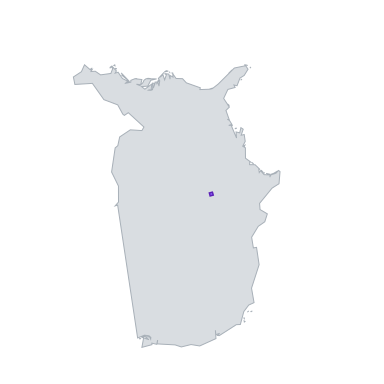 Kingfisher, Oklahoma, United States of America shown in context, rotated 255°
{"feature_id": "52423323B31059219556593", "entity_name": "Kingfisher", "entity_type": "district", "adm_level": 2, "iso_a3": "USA", "parent_name": "United States of America", "parent_adm1": "Oklahoma", "projection": "albers", "projection_center": [-97.987, 35.945], "detail": "fine", "context": "in_parent", "style": "filled", "palette": "violet", "viewbox_px": 384, "rotation_deg": 255, "n_neighbors": 0, "source": "geoboundaries", "source_scale": "gbopen_adm2", "svg_char_len": 3974}
<svg xmlns="http://www.w3.org/2000/svg" viewBox="0 0 384 384"><g transform="rotate(255 192 192)"><path d="M304.0,130.8L322.7,123.9L326.2,106.7L333.8,107.2L336.8,116.3L342.7,121.1L336.2,125.5L336.3,127.4L334.5,125.6L333.7,129.8L328.8,134.0L327.5,144.3L331.8,147.4L333.9,146.3L332.8,144.7L333.7,145.3L334.4,147.2L328.5,150.3L326.7,148.5L326.8,151.6L319.6,154.2L315.0,159.4L315.1,157.1L314.2,155.9L313.9,161.3L315.7,161.8L316.2,166.2L313.6,172.7L308.9,170.2L310.5,166.2L308.3,169.2L310.2,172.8L312.4,174.6L313.3,177.0L310.4,187.1L310.6,181.1L305.7,176.7L306.9,170.5L303.5,173.1L306.7,181.1L302.4,179.4L301.2,179.9L301.8,177.0L301.6,176.3L300.8,178.6L301.1,180.4L307.4,182.3L306.4,184.1L303.3,181.8L302.3,181.5L306.2,184.3L307.7,184.7L307.3,186.9L305.2,185.7L308.6,188.3L308.1,188.8L306.4,187.5L302.8,187.5L307.7,189.6L310.4,188.9L314.8,196.0L311.1,190.6L312.7,194.3L307.4,194.6L311.9,197.6L313.5,196.1L311.9,200.1L306.7,200.0L310.1,201.1L307.9,203.4L311.2,204.0L305.8,206.0L303.9,212.2L298.9,214.8L290.5,227.0L288.9,226.1L286.6,236.1L286.6,238.5L289.5,245.3L300.8,265.0L300.1,276.5L296.1,277.9L291.1,272.6L289.6,267.8L283.0,263.0L284.5,260.2L281.8,260.7L281.8,253.2L274.2,246.8L264.3,250.0L262.0,245.9L252.0,246.7L253.1,244.9L251.5,246.7L247.1,248.0L246.8,244.7L246.2,247.1L232.6,249.0L238.6,250.1L236.8,253.4L241.5,255.9L239.4,257.7L234.1,254.2L234.0,257.3L227.1,256.5L223.1,252.8L220.9,255.0L210.8,252.4L205.2,256.9L206.6,255.7L203.5,254.7L202.0,260.0L196.0,263.6L197.4,262.5L193.4,262.0L194.8,263.8L190.1,266.1L188.3,271.9L186.2,271.0L188.1,272.6L188.4,277.9L190.4,281.2L188.9,282.3L177.5,278.2L175.0,270.3L163.5,254.3L157.4,253.2L151.4,259.1L144.4,254.6L141.7,247.1L132.9,237.9L122.1,236.8L121.8,240.0L104.4,238.0L83.7,224.6L69.1,223.3L68.1,217.5L63.1,211.1L51.5,204.4L52.4,200.5L46.2,181.1L46.9,179.4L48.4,182.1L48.0,178.1L52.4,178.8L44.2,177.2L41.3,159.6L44.9,151.6L45.1,141.6L48.7,136.1L54.3,119.0L57.9,120.5L54.0,118.5L56.4,114.1L54.9,113.8L54.9,103.4L63.6,107.5L60.5,112.1L64.4,109.3L63.1,113.5L60.6,114.0L62.2,114.6L64.3,113.2L66.0,109.0L65.1,101.7L198.6,116.8L198.5,114.2L201.3,118.4L216.8,122.5L232.1,119.5L254.5,129.2L255.9,132.3L263.9,136.4L268.0,148.5L264.3,159.5L267.2,162.4L285.1,151.0L283.5,146.5L285.1,145.3L295.4,142.8L304.0,130.8ZM322.4,155.7L325.4,154.4L314.9,160.2L323.3,154.2L322.4,155.7ZM64.8,106.0L65.3,109.0L65.1,109.4L63.9,106.9L64.8,106.0ZM190.2,280.3L188.6,275.6L188.7,272.9L188.9,275.7L190.2,280.3ZM337.0,125.7L337.4,127.1L336.8,126.9L337.0,125.7ZM223.3,254.2L223.6,255.3L222.5,254.5L223.3,254.2ZM55.4,209.8L56.9,209.5L57.0,209.7L55.4,209.8ZM54.0,209.0L53.2,209.7L52.9,208.9L54.0,209.0ZM331.4,149.7L330.8,150.9L330.5,150.7L331.4,149.7ZM189.6,270.4L188.7,272.5L190.8,268.4L189.6,270.4ZM297.4,258.5L299.6,262.3L297.0,258.1L297.4,258.5ZM62.0,214.9L62.4,216.1L61.9,214.9L62.0,214.9ZM300.8,277.0L299.8,278.6L301.4,275.4L300.8,277.0ZM315.8,198.5L314.9,200.4L315.1,196.3L315.8,198.5ZM64.1,103.5L63.9,104.3L63.5,103.7L64.1,103.5ZM194.9,264.7L192.7,265.7L194.9,264.3L194.9,264.7ZM334.5,149.3L334.8,150.3L333.8,150.3L334.5,149.3ZM61.3,218.0L61.5,219.5L61.1,218.1L61.3,218.0ZM192.2,266.5L191.3,267.0L192.0,266.2L192.2,266.5ZM313.2,178.9L312.3,181.4L313.2,178.0L313.2,178.9ZM204.6,257.9L203.2,258.8L205.1,257.2L204.6,257.9ZM287.0,237.2L287.1,238.9L286.7,237.8L287.0,237.2ZM311.8,204.2L311.4,204.6L312.4,203.0L311.8,204.2ZM267.9,249.1L266.3,250.2L265.6,250.1L267.9,249.1ZM246.4,247.8L246.2,248.1L245.2,248.1L246.4,247.8ZM287.7,268.3L288.2,269.5L287.4,268.1L287.7,268.3ZM242.3,250.6L242.1,251.8L241.9,249.8L242.3,250.6ZM297.4,280.6L296.4,280.9L297.7,280.3L297.4,280.6ZM316.1,167.1L315.7,168.3L316.1,166.6L316.1,167.1ZM314.0,200.9L313.5,201.4L313.4,201.4L314.0,200.9Z" fill="#d9dde1" stroke="#a8b0b8" stroke-width="1"/><path d="M183.5,211.7L184.3,211.7L184.8,211.7L185.0,211.7L186.0,211.7L186.6,211.6L186.6,210.7L186.6,208.5L185.6,208.5L184.1,208.5L183.5,208.5L183.5,210.4L183.5,210.8L183.5,211.7Z" fill="#8b5cf6" stroke="#5b21b6" stroke-width="1.5"/></g></svg>